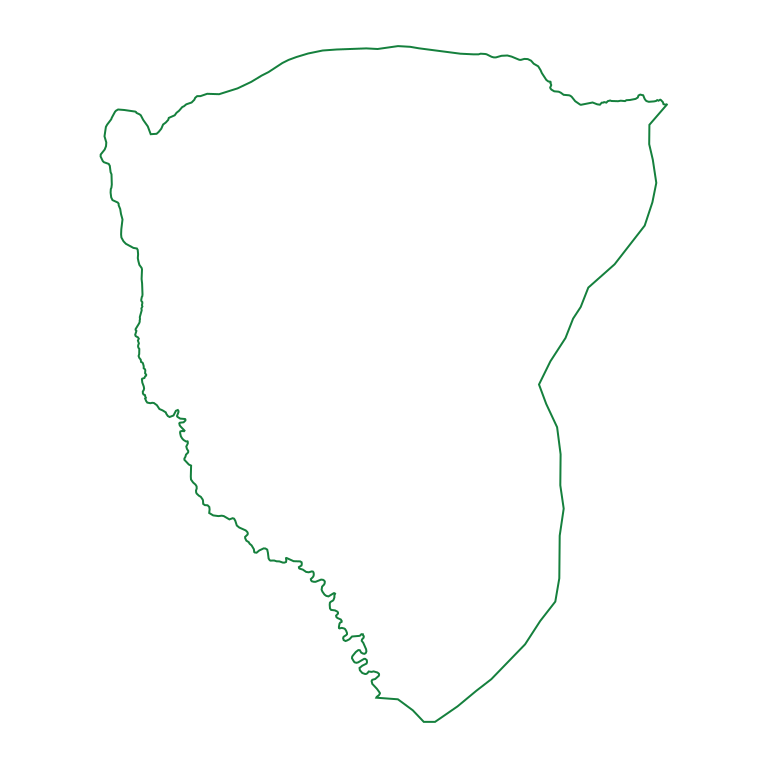 outline of Samjiyon, Ryanggang, North Korea
{"feature_id": "82179303B58303989641607", "entity_name": "Samjiyon", "entity_type": "district", "adm_level": 2, "iso_a3": "PRK", "parent_name": "North Korea", "parent_adm1": "Ryanggang", "projection": "natural_earth1", "projection_center": [128.242, 41.802], "detail": "fine", "context": "isolated", "style": "outline", "palette": "green", "viewbox_px": 768, "rotation_deg": 0, "n_neighbors": 0, "source": "geoboundaries", "source_scale": "gbopen_adm2", "svg_char_len": 6061}
<svg xmlns="http://www.w3.org/2000/svg" viewBox="0 0 768 768"><path d="M580.7,307.0L588.3,287.6L614.6,264.3L644.7,225.6L652.4,202.3L656.3,182.9L652.8,159.7L649.2,144.2L649.4,124.8L667.4,104.0L666.1,104.7L663.5,104.2L662.9,102.2L661.0,100.1L660.2,99.7L658.5,100.7L657.2,100.1L656.0,101.0L654.0,101.4L648.8,101.8L646.9,101.2L645.9,100.6L644.6,98.8L643.2,95.3L640.2,94.6L638.5,95.5L637.8,97.5L635.6,98.9L629.9,100.0L626.4,100.2L625.0,101.1L620.7,100.7L618.1,101.2L611.5,101.0L610.1,100.5L607.7,101.2L606.4,102.6L604.1,102.1L603.3,102.6L601.7,102.7L599.9,104.7L597.2,104.3L592.6,102.5L580.9,104.8L580.0,104.5L575.2,101.2L571.7,96.8L570.4,95.8L569.1,95.3L563.6,94.8L560.8,92.7L558.7,91.7L554.2,91.3L551.4,89.6L550.5,88.5L550.2,87.5L551.2,85.3L551.1,84.4L550.4,83.1L550.7,82.2L550.4,81.7L548.4,81.5L546.3,79.9L541.8,73.0L540.6,70.2L538.2,66.3L533.7,63.7L531.1,60.7L527.8,59.1L524.4,58.9L520.8,59.9L519.3,59.8L511.6,56.6L507.4,55.5L501.5,55.8L495.9,57.4L493.8,57.4L491.6,56.8L486.6,54.3L485.2,54.0L480.6,53.7L478.7,54.3L472.7,54.3L460.4,53.7L418.9,48.3L410.1,46.8L398.0,46.1L377.6,49.0L366.3,48.4L336.7,49.5L322.7,50.5L308.1,53.5L296.5,57.0L288.6,59.9L282.4,63.0L268.5,72.1L261.6,75.6L251.2,81.9L237.5,88.4L219.1,94.2L207.2,93.8L200.5,96.1L197.2,96.1L195.2,97.8L194.3,99.8L191.6,102.5L186.3,104.3L183.9,106.3L182.3,107.0L179.0,110.8L176.5,112.8L174.7,115.3L168.8,117.9L168.2,119.9L165.7,122.6L163.1,124.5L161.3,128.7L158.7,131.9L156.6,133.8L150.7,134.2L147.8,126.4L143.2,119.9L140.8,115.3L139.5,114.3L136.5,112.9L136.1,112.1L135.3,111.6L124.3,110.0L118.1,109.5L116.0,110.7L115.0,111.8L111.8,117.7L111.2,119.3L107.1,124.7L105.9,126.9L104.5,136.3L106.3,142.5L106.0,146.2L104.7,149.5L100.7,154.5L100.6,156.5L102.8,161.1L103.9,162.2L108.7,163.9L109.8,165.8L110.6,172.2L111.5,174.3L111.8,184.6L111.4,187.7L110.8,189.1L110.6,192.6L111.2,197.4L112.5,200.1L117.7,202.5L118.6,203.6L118.7,205.4L120.2,209.0L121.0,214.0L122.5,219.5L121.3,229.3L121.1,234.4L121.4,237.5L123.5,241.3L125.9,243.8L133.4,247.9L136.9,248.5L137.7,249.9L137.9,251.9L138.1,254.3L137.8,258.1L138.4,261.2L139.4,264.9L141.6,267.9L142.0,269.4L141.6,279.0L142.1,283.5L142.5,294.4L142.3,296.2L141.8,297.0L141.2,300.1L141.5,301.2L142.3,302.1L142.3,303.6L141.9,305.1L142.4,306.5L141.4,308.4L141.7,310.3L139.8,317.1L140.0,319.1L139.7,320.3L139.7,321.8L139.2,323.2L135.6,329.1L135.6,329.9L136.4,330.9L135.2,334.8L135.7,336.1L138.0,337.4L138.8,338.7L137.9,340.6L138.9,343.4L138.2,345.2L138.1,346.5L138.4,347.7L139.3,348.9L139.2,354.1L138.6,356.0L139.3,357.9L140.7,359.6L141.1,362.0L142.3,362.5L142.9,363.2L143.7,366.1L143.7,368.3L144.9,369.2L145.3,370.2L145.1,373.3L146.2,374.7L146.1,375.6L145.1,376.4L144.4,378.0L142.2,378.7L141.9,379.2L142.3,382.6L143.7,386.3L144.1,388.5L143.7,390.1L142.8,391.5L142.9,393.4L143.6,394.6L144.8,394.9L145.1,395.5L145.2,396.5L145.9,397.8L145.1,398.5L146.2,401.1L147.3,402.6L150.3,403.2L152.2,402.8L153.9,403.0L156.9,405.2L159.4,409.0L162.6,410.4L165.8,412.4L166.2,413.6L167.8,416.0L169.6,417.0L173.5,415.5L175.9,410.8L177.8,410.0L178.4,410.8L178.5,412.0L177.0,416.0L177.5,416.9L180.2,418.6L185.0,419.0L185.4,419.4L185.4,420.5L183.6,422.3L179.9,422.7L179.3,423.3L179.7,425.3L180.4,426.3L184.5,430.6L184.1,431.2L181.9,431.0L180.4,431.4L180.1,432.2L180.2,433.5L180.9,436.4L182.2,438.5L183.6,440.0L186.1,441.5L187.5,441.3L187.8,441.9L187.8,443.5L186.3,446.5L186.9,448.8L188.2,450.9L188.2,452.0L188.0,452.6L186.0,454.6L185.4,456.8L184.4,458.5L184.4,459.8L188.8,464.5L191.1,465.6L190.8,476.6L191.0,479.5L193.1,482.5L195.5,484.6L196.6,486.4L196.7,488.5L196.0,490.6L196.2,492.6L196.7,493.6L198.9,495.7L200.8,496.8L202.7,499.6L203.0,500.6L203.2,503.9L204.8,505.1L207.6,505.3L209.3,507.0L209.6,509.4L209.2,513.0L213.2,515.4L218.5,516.1L221.7,515.7L223.8,516.1L229.4,519.4L232.7,518.2L234.1,518.7L235.3,520.8L236.8,525.5L239.2,527.5L245.7,530.4L247.3,532.0L247.8,533.2L247.6,534.5L245.1,536.9L245.2,538.3L246.4,540.7L248.7,542.1L249.6,543.7L251.6,545.4L253.9,549.3L254.2,552.0L254.8,552.5L256.6,552.7L259.2,550.5L263.6,548.4L265.4,548.5L267.2,549.6L267.9,552.7L268.6,558.5L269.7,560.2L270.4,560.6L274.1,560.5L276.6,561.3L279.4,561.4L282.9,562.6L284.5,562.6L286.0,562.0L286.3,560.6L286.0,558.2L286.6,558.0L293.6,561.2L300.2,561.4L301.6,562.3L301.8,563.9L301.5,565.5L298.9,567.1L299.0,568.0L299.5,568.6L302.8,569.6L306.1,571.9L308.7,572.3L311.8,571.4L312.9,571.6L313.5,572.4L313.8,574.1L313.6,575.8L312.8,577.2L310.8,579.1L311.1,580.4L311.9,581.3L313.9,581.8L315.6,581.8L321.1,579.6L322.9,579.8L324.2,580.6L324.8,581.5L324.7,583.1L324.2,584.4L322.1,586.6L321.6,589.7L322.4,591.6L324.5,594.6L326.3,595.9L328.5,596.4L333.7,593.2L334.5,593.2L335.1,593.7L334.4,595.3L334.4,597.4L333.6,599.7L332.9,600.6L330.6,601.9L329.9,602.8L329.7,604.8L330.0,608.5L331.1,609.9L335.0,610.4L337.5,611.7L338.0,612.6L338.0,613.6L336.1,615.6L336.3,616.9L337.4,618.0L340.8,619.5L341.7,621.0L341.6,621.9L340.2,622.6L339.5,623.7L338.9,627.0L339.0,628.1L339.5,628.4L341.8,627.9L344.2,628.5L345.1,629.1L346.2,630.9L347.0,633.0L347.0,634.2L346.3,635.0L343.6,636.8L343.1,638.2L343.7,640.1L345.5,641.0L346.8,640.6L349.5,639.2L352.0,636.5L359.2,635.9L360.2,635.5L361.4,634.2L362.9,634.3L363.0,635.2L363.6,635.9L363.8,636.5L363.6,637.7L362.0,639.5L361.7,640.8L363.3,642.9L366.1,649.3L366.4,651.3L365.9,652.8L364.6,653.8L363.1,653.6L361.2,652.6L359.8,650.2L358.3,650.1L355.8,652.0L352.6,655.9L352.1,656.9L352.0,658.3L354.0,661.7L354.8,662.4L356.5,662.8L358.1,662.4L364.2,658.8L365.3,658.9L366.8,660.2L367.0,662.2L366.5,663.6L362.3,665.7L359.5,668.0L359.9,670.3L362.3,673.0L365.1,674.0L366.2,673.9L367.3,673.3L368.7,671.5L371.6,671.9L373.6,671.4L377.4,672.5L378.9,673.7L379.1,674.9L378.7,675.9L375.2,679.0L372.3,679.8L371.6,681.1L372.3,683.9L376.9,688.8L379.8,692.8L379.9,693.5L379.0,695.1L376.7,696.9L376.3,697.7L397.9,699.3L412.8,710.3L423.8,721.9L435.0,721.9L457.5,706.4L476.3,690.8L491.3,679.2L525.1,644.3L540.2,621.0L555.3,601.6L559.3,578.3L559.7,535.7L563.7,508.6L560.3,485.3L560.6,454.3L557.1,427.2L546.2,403.9L539.0,384.5L550.4,361.3L565.5,338.0L573.1,318.6L580.7,307.0Z" fill="none" stroke="#15803d" stroke-width="2"/></svg>